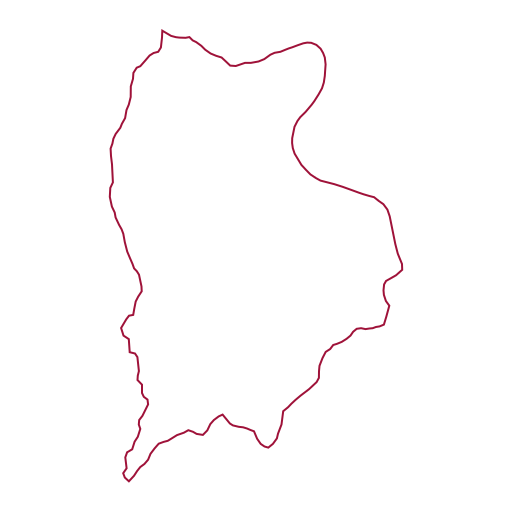 outline of Iacanga, São Paulo, Brazil
{"feature_id": "56859067B95917259831804", "entity_name": "Iacanga", "entity_type": "district", "adm_level": 2, "iso_a3": "BRA", "parent_name": "Brazil", "parent_adm1": "São Paulo", "projection": "equal_earth", "projection_center": [-49.042, -21.9], "detail": "fine", "context": "isolated", "style": "outline", "palette": "rose", "viewbox_px": 512, "rotation_deg": 0, "n_neighbors": 0, "source": "geoboundaries", "source_scale": "gbopen_adm2", "svg_char_len": 2691}
<svg xmlns="http://www.w3.org/2000/svg" viewBox="0 0 512 512"><path d="M389.3,305.7L385.9,301.0L383.9,294.9L383.5,290.4L384.1,284.4L386.1,280.9L396.0,275.3L402.2,269.8L402.0,264.0L397.8,253.7L396.5,248.7L395.3,244.0L389.7,216.3L387.4,209.6L383.4,204.2L378.7,200.9L374.1,197.2L369.4,196.0L363.6,194.3L358.9,192.7L351.5,190.0L342.6,186.8L334.1,184.1L320.5,180.6L315.8,178.0L310.4,174.4L305.8,169.7L301.4,164.9L294.6,153.6L292.8,148.1L292.1,143.0L292.2,138.2L294.5,126.8L297.5,120.9L300.3,117.1L305.6,111.9L311.6,104.8L314.2,101.3L318.6,94.4L322.0,88.3L323.8,82.6L324.8,76.0L325.2,70.0L325.6,64.4L324.8,57.5L323.1,53.0L320.6,48.7L316.4,44.9L311.2,42.8L307.2,42.6L303.3,43.3L297.8,45.2L292.2,47.3L288.8,48.4L285.5,49.7L280.4,51.8L274.6,52.8L270.4,54.7L264.3,59.1L258.5,61.5L250.7,62.9L244.9,62.9L235.8,66.0L230.2,65.6L225.9,61.5L221.6,57.5L216.1,55.8L210.6,53.5L205.2,49.7L201.3,45.8L196.2,42.1L192.7,40.4L189.4,37.1L185.6,37.8L179.4,37.6L176.0,37.2L171.1,35.9L162.3,30.7L162.0,37.6L160.9,47.5L158.2,51.8L153.6,53.0L149.6,55.5L145.5,60.3L140.3,66.2L136.7,67.7L133.4,72.9L133.0,78.8L130.8,86.4L130.7,97.0L128.8,104.6L126.5,110.0L125.1,118.1L121.9,123.8L120.3,127.8L115.7,133.9L113.4,138.7L112.4,143.6L110.6,148.6L111.0,156.0L112.0,164.3L112.9,182.4L110.3,187.9L109.8,196.9L111.9,206.6L114.7,212.5L115.6,217.5L119.1,224.9L121.6,229.3L123.3,233.8L124.8,242.1L127.2,251.5L130.1,258.4L132.5,263.9L134.1,268.4L136.8,271.2L139.0,274.7L141.5,286.5L141.7,291.3L138.2,296.6L135.7,301.5L134.3,308.6L133.2,314.9L129.0,315.7L126.2,319.4L121.1,328.0L123.5,335.6L128.8,339.1L129.7,352.2L135.0,353.5L137.4,357.1L138.9,371.1L137.8,375.6L137.5,380.0L142.0,384.7L142.0,393.0L143.8,396.8L147.5,399.6L148.1,404.4L142.4,415.9L139.2,420.0L138.8,424.5L140.3,428.9L137.8,436.8L134.6,441.7L132.2,449.3L127.1,452.3L125.3,457.4L126.6,468.3L123.2,473.2L124.8,477.5L128.9,481.3L134.0,475.8L137.2,470.9L140.3,467.0L144.4,464.0L148.1,459.7L150.5,453.8L154.6,448.4L158.7,443.7L163.6,441.9L167.8,440.8L171.4,438.6L177.0,435.1L183.9,432.7L188.3,430.2L193.0,431.8L196.6,433.9L202.9,434.9L207.3,430.4L210.3,424.1L213.9,420.0L218.7,416.4L222.6,414.6L229.9,423.5L232.9,425.4L238.7,426.8L243.1,427.3L247.0,428.5L250.5,430.0L254.0,431.3L257.1,438.7L260.7,443.9L264.5,446.5L268.3,447.6L272.9,443.9L276.9,438.4L278.0,433.7L281.5,424.5L283.2,411.2L288.1,407.2L291.4,403.7L295.5,399.9L300.6,395.6L309.0,389.2L316.6,382.1L318.9,377.9L319.0,371.2L319.5,365.8L322.5,358.1L325.7,351.9L330.2,349.0L333.2,345.0L336.8,343.9L341.7,341.9L346.6,338.8L350.5,335.6L353.1,331.8L356.7,328.8L361.1,328.2L365.5,329.1L369.4,328.5L372.7,328.2L375.9,327.0L379.6,326.4L383.9,324.6L386.3,316.7L389.3,305.7Z" fill="none" stroke="#9f1239" stroke-width="2"/></svg>